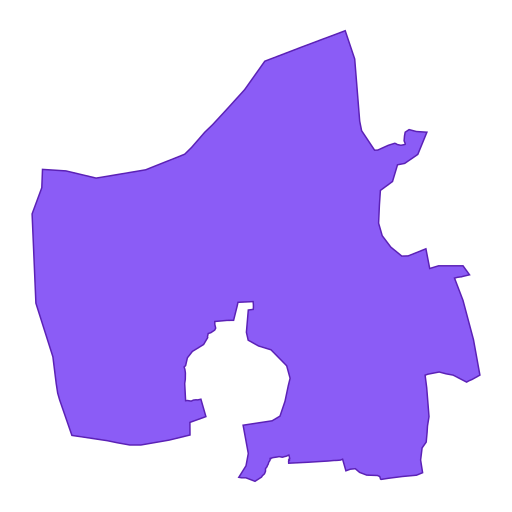 Illela, Sokoto, Nigeria
{"feature_id": "59680162B27389948970996", "entity_name": "Illela", "entity_type": "district", "adm_level": 2, "iso_a3": "NGA", "parent_name": "Nigeria", "parent_adm1": "Sokoto", "projection": "albers", "projection_center": [5.376, 13.671], "detail": "fine", "context": "isolated", "style": "filled", "palette": "violet", "viewbox_px": 512, "rotation_deg": 0, "n_neighbors": 0, "source": "geoboundaries", "source_scale": "gbopen_adm2", "svg_char_len": 2537}
<svg xmlns="http://www.w3.org/2000/svg" viewBox="0 0 512 512"><path d="M71.9,435.4L107.4,440.7L117.0,442.7L129.8,445.0L140.8,445.0L169.1,440.1L190.0,435.0L189.9,422.4L205.9,416.6L200.9,399.2L197.8,399.9L195.9,399.8L193.4,400.1L191.2,401.1L187.4,400.5L185.6,400.7L184.7,383.5L185.3,379.3L185.4,373.0L184.9,369.4L184.1,367.0L185.6,365.6L187.4,357.8L192.4,351.4L203.6,344.5L207.7,337.6L207.5,336.6L208.2,333.5L210.8,332.7L214.7,330.1L215.7,328.1L214.8,324.4L214.8,321.5L226.9,320.4L233.6,320.3L237.0,306.7L238.0,302.3L253.1,301.6L253.4,304.9L253.4,307.6L253.2,309.4L248.3,310.0L246.4,332.3L248.2,340.2L258.6,346.0L271.0,349.8L286.7,365.8L290.1,378.3L288.3,385.6L285.0,401.3L280.0,416.1L272.1,420.8L243.1,425.2L248.3,453.5L246.0,465.8L238.8,477.3L241.6,477.8L245.9,477.8L255.0,481.3L261.5,477.1L262.4,475.7L264.4,473.9L264.9,472.8L265.5,471.2L265.5,468.8L265.6,468.4L266.4,467.6L267.1,466.5L267.3,465.7L268.2,464.2L268.7,462.3L269.9,460.5L270.2,459.0L270.6,458.8L270.3,458.4L273.1,457.6L277.1,457.0L279.0,456.6L279.8,456.7L281.6,457.1L282.6,457.2L284.8,456.5L285.6,456.4L286.8,456.0L287.2,455.8L288.1,455.3L288.9,455.1L289.7,458.3L289.7,458.8L289.2,458.9L288.9,459.3L289.3,459.5L289.3,460.0L289.4,460.4L288.7,460.6L288.6,461.6L288.7,463.2L307.1,462.3L328.3,461.0L333.5,460.5L336.9,460.4L340.4,460.1L342.6,459.2L345.9,470.8L350.3,469.2L355.3,468.7L359.6,472.4L366.7,475.1L377.5,475.5L379.7,476.5L380.2,477.8L380.5,479.0L381.1,479.4L389.0,478.2L402.4,476.5L416.5,475.2L422.6,472.7L420.6,460.0L422.1,447.9L426.2,442.1L427.1,432.3L427.5,425.9L429.0,416.6L426.7,387.7L425.1,375.2L427.8,374.2L439.2,372.0L446.0,373.8L453.1,375.1L466.6,382.1L468.9,380.8L472.0,379.5L479.9,375.1L473.5,339.8L463.0,300.4L456.3,282.8L454.5,278.1L457.5,277.3L460.5,276.9L461.6,276.8L462.4,276.5L469.5,274.8L463.0,265.8L438.6,265.8L429.7,268.5L425.9,248.8L408.1,255.9L401.8,256.1L390.8,247.1L382.2,235.7L378.6,223.2L379.4,205.1L380.4,190.4L392.5,181.5L397.5,164.8L404.7,163.4L417.8,154.4L426.9,132.2L416.3,131.5L409.1,129.6L405.2,132.2L404.5,135.9L404.1,140.8L405.2,143.5L405.1,144.4L403.4,144.8L400.9,145.3L397.2,144.5L395.8,143.6L394.7,143.3L388.3,145.3L377.7,150.1L374.6,150.2L361.6,130.7L359.7,121.2L354.7,59.0L345.2,30.7L344.2,31.1L322.3,39.3L302.6,46.7L264.8,61.2L244.6,89.7L226.0,110.2L212.5,124.8L204.8,132.2L191.6,147.4L184.7,154.2L168.2,160.8L151.4,167.5L145.7,169.8L119.5,174.2L96.1,178.1L65.9,170.9L42.5,169.4L41.8,187.7L32.1,213.9L35.9,303.2L52.9,356.8L56.2,383.5L57.7,393.2L59.6,399.8L71.9,435.4Z" fill="#8b5cf6" stroke="#5b21b6" stroke-width="1.5"/></svg>